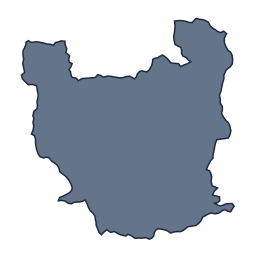 outline of Sorocaba, São Paulo, Brazil, rotated 181°
{"feature_id": "56859067B96974971144138", "entity_name": "Sorocaba", "entity_type": "district", "adm_level": 2, "iso_a3": "BRA", "parent_name": "Brazil", "parent_adm1": "São Paulo", "projection": "robinson", "projection_center": [-47.447, -23.47], "detail": "fine", "context": "isolated", "style": "filled", "palette": "slate", "viewbox_px": 256, "rotation_deg": 181, "n_neighbors": 0, "source": "geoboundaries", "source_scale": "gbopen_adm2", "svg_char_len": 3231}
<svg xmlns="http://www.w3.org/2000/svg" viewBox="0 0 256 256"><g transform="rotate(181 128 128)"><path d="M224.5,120.3L221.5,118.8L220.3,115.2L220.2,110.8L219.0,104.9L217.4,100.6L215.4,97.7L212.0,96.6L209.4,97.3L206.7,97.1L203.8,93.5L200.1,91.3L197.8,89.2L196.3,86.5L195.5,83.1L193.0,81.2L189.9,79.0L186.9,75.7L185.2,73.2L184.0,70.8L182.8,67.6L183.2,64.8L185.2,62.5L188.5,60.4L191.7,58.8L195.1,57.4L196.4,54.0L193.2,54.4L189.9,54.0L186.5,51.7L183.2,51.2L181.2,52.5L178.3,53.1L175.8,53.1L172.5,53.8L169.6,55.3L167.8,52.2L166.2,48.0L164.4,44.7L161.5,42.3L159.4,39.1L159.1,36.1L158.3,33.4L158.1,30.1L157.0,27.6L155.3,23.4L152.8,20.8L150.5,23.2L147.5,25.9L143.5,23.3L139.9,24.3L137.1,22.7L134.7,21.5L131.7,20.6L128.2,20.0L126.2,21.7L122.1,20.0L119.1,17.8L115.4,18.2L112.1,18.1L107.9,18.7L104.8,17.2L102.5,18.2L100.6,20.0L99.9,23.7L98.5,26.3L96.6,27.7L93.7,27.6L89.8,26.9L86.5,25.7L83.5,23.7L80.1,24.9L76.7,25.3L73.5,25.3L70.7,26.7L66.4,30.3L62.6,31.0L58.4,31.7L55.0,34.5L53.1,37.2L51.7,40.3L48.9,41.9L46.4,43.3L43.1,44.6L39.6,43.7L35.6,44.5L32.3,47.1L29.4,48.1L26.7,46.4L23.9,46.0L22.3,48.9L20.5,51.6L22.7,54.3L26.2,54.1L29.2,53.7L31.4,52.6L33.9,51.8L36.3,52.1L40.1,54.4L37.3,54.9L35.0,56.9L35.3,60.7L39.1,61.7L42.4,62.5L40.6,66.3L37.4,69.5L39.7,70.5L42.8,71.7L44.0,76.1L43.5,80.9L44.5,84.3L45.9,86.8L48.9,87.6L47.3,91.9L45.0,96.5L42.5,99.4L42.6,102.3L41.6,107.1L40.6,113.0L39.2,117.8L27.6,119.7L26.0,122.8L25.1,126.9L26.2,131.9L27.8,135.1L29.9,136.8L32.5,140.2L34.8,144.2L33.9,147.6L34.1,151.3L36.3,154.7L36.2,158.2L37.1,162.5L35.7,166.4L35.1,169.8L34.1,174.8L33.0,178.9L33.0,182.7L31.0,187.5L28.9,189.4L26.8,190.9L24.8,194.1L24.6,198.6L25.2,202.6L26.7,205.6L29.6,207.6L31.9,211.8L33.2,215.3L33.2,219.4L31.1,224.1L34.1,226.5L36.8,225.0L40.1,226.1L42.5,227.8L45.1,229.4L47.7,231.7L49.6,235.2L52.1,236.6L54.5,237.5L58.5,238.0L61.8,238.8L63.7,236.8L65.5,234.6L68.8,234.6L71.1,235.4L74.3,236.1L78.1,236.4L80.7,236.1L83.4,235.7L82.7,230.7L83.0,227.6L83.2,223.9L83.9,220.8L83.4,216.4L82.5,212.4L79.3,210.7L76.5,209.5L75.8,206.7L75.8,203.3L74.2,200.7L71.1,199.6L68.8,196.9L66.3,195.3L70.0,193.2L73.0,192.1L76.3,190.3L78.7,193.2L82.6,193.5L86.0,193.7L87.8,195.6L90.4,198.6L94.6,201.5L97.7,200.1L99.8,198.6L102.3,198.3L104.5,197.0L104.7,193.8L105.6,190.5L107.8,186.6L110.2,184.3L115.1,185.4L117.6,184.6L119.5,182.4L120.6,179.2L122.5,177.2L124.6,178.5L127.5,179.9L131.1,179.3L133.5,178.4L137.3,178.0L142.3,178.7L145.7,179.3L149.4,179.6L153.6,178.4L156.1,180.0L159.2,180.8L161.5,178.0L164.7,177.6L170.5,177.0L174.6,176.7L178.4,174.5L181.0,177.1L184.8,177.6L186.1,180.7L186.5,183.4L188.0,185.3L186.2,188.2L185.0,191.4L187.9,192.7L188.5,195.6L187.7,199.2L191.4,202.4L190.6,206.2L192.3,210.1L192.5,213.7L196.7,213.9L198.8,213.0L202.1,212.1L204.0,209.3L206.9,210.4L210.1,210.5L214.8,211.7L219.1,212.4L221.5,212.7L224.3,212.1L227.0,212.1L229.1,213.6L231.5,212.0L231.7,209.3L232.8,206.4L234.2,203.6L234.3,198.9L233.5,195.1L234.4,190.6L233.2,185.6L232.3,181.6L235.5,179.0L234.4,175.3L231.1,172.0L228.3,169.5L224.0,169.9L220.0,168.4L219.3,163.4L218.4,159.8L218.6,156.8L219.5,152.7L218.9,148.5L219.4,145.6L222.4,143.0L223.3,138.6L222.3,135.8L223.1,132.3L222.3,128.2L222.8,124.5L224.5,120.3Z" fill="#64748b" stroke="#1e293b" stroke-width="1.5"/></g></svg>